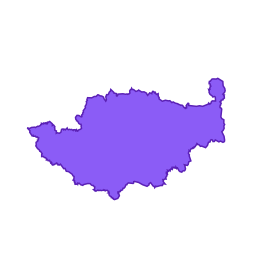 Tumbiscatío, Michoacán, Mexico, rotated 16°
{"feature_id": "50627088B697962436466", "entity_name": "Tumbiscatío", "entity_type": "district", "adm_level": 2, "iso_a3": "MEX", "parent_name": "Mexico", "parent_adm1": "Michoacán", "projection": "orthographic", "projection_center": [-102.522, 18.584], "detail": "fine", "context": "isolated", "style": "filled", "palette": "violet", "viewbox_px": 256, "rotation_deg": 16, "n_neighbors": 0, "source": "geoboundaries", "source_scale": "gbopen_adm2", "svg_char_len": 5843}
<svg xmlns="http://www.w3.org/2000/svg" viewBox="0 0 256 256"><g transform="rotate(16 128 128)"><path d="M220.5,101.8L219.6,99.7L219.9,97.9L218.8,97.1L217.9,93.7L215.5,93.1L214.2,91.7L212.9,84.1L212.3,83.3L210.9,83.0L210.3,81.5L210.7,80.6L210.4,79.8L210.8,79.1L210.7,78.4L209.2,77.5L210.1,76.5L209.8,75.8L211.6,74.6L211.3,74.1L212.4,72.7L211.8,71.0L211.1,70.5L211.5,69.7L209.9,69.3L211.0,67.2L211.1,65.4L210.1,63.3L207.8,61.2L206.3,57.1L200.6,55.5L199.4,56.6L196.1,57.4L195.1,58.0L194.2,60.4L193.4,60.7L193.4,61.7L193.8,63.1L194.7,63.0L196.0,64.9L195.6,65.1L195.9,65.3L195.5,67.5L196.1,68.0L195.6,68.5L195.7,69.4L195.2,69.2L196.0,70.5L196.1,71.4L197.5,73.0L200.5,74.2L201.0,74.8L202.4,73.9L203.4,74.2L204.7,77.9L201.6,78.7L200.9,79.6L200.9,81.1L200.4,82.1L199.6,82.0L199.4,82.6L198.6,82.0L198.6,82.9L193.8,86.6L190.6,86.9L187.9,88.3L180.2,89.6L179.6,87.7L178.9,87.6L178.0,89.6L178.2,90.4L177.8,90.8L178.4,91.2L178.7,92.3L178.3,92.3L178.1,93.3L177.5,93.4L177.0,92.7L176.1,92.8L174.6,91.5L173.5,91.1L172.4,91.7L171.4,91.3L169.8,91.4L169.3,90.9L166.7,91.1L164.2,90.5L163.2,91.5L160.7,90.2L159.3,90.8L156.3,91.0L153.6,92.8L149.9,91.5L149.5,90.0L148.8,89.7L148.1,88.6L148.0,87.9L147.7,87.9L147.5,86.7L146.0,87.9L144.7,86.6L144.4,87.0L143.9,86.9L143.9,86.1L143.2,86.3L141.9,85.8L141.5,86.2L141.5,87.1L141.1,87.8L141.3,88.4L139.2,88.2L137.9,91.2L136.8,90.3L136.3,89.4L133.5,88.8L131.2,89.6L127.7,88.6L127.3,89.3L125.5,90.7L122.8,89.5L121.5,89.8L120.5,88.8L120.4,90.2L119.8,90.5L119.4,91.9L120.2,93.9L119.4,95.2L118.7,95.2L118.2,95.8L117.5,95.6L116.5,96.2L113.7,96.5L109.5,98.0L108.6,100.4L108.0,100.2L107.6,98.1L104.9,98.3L104.6,97.7L100.8,95.7L100.9,97.5L100.1,98.7L99.9,100.8L99.5,101.5L98.3,101.8L98.1,102.8L98.4,103.1L98.0,104.1L99.5,106.8L99.2,108.3L96.8,106.4L95.9,105.0L93.9,104.5L92.4,104.8L90.4,104.3L89.8,104.4L88.6,106.5L86.9,107.0L84.8,109.0L80.8,110.0L80.7,112.1L81.3,112.7L80.6,114.0L81.2,114.9L81.4,116.8L80.8,118.9L81.5,120.3L80.2,123.7L80.8,125.1L80.3,126.0L80.6,127.3L79.9,128.2L80.5,129.8L79.9,130.2L77.3,129.5L75.5,129.9L74.6,132.2L75.3,133.9L76.4,134.6L76.5,135.2L77.8,135.4L79.5,137.2L81.5,137.8L81.8,137.5L82.5,138.5L82.5,139.5L83.4,141.1L82.7,142.3L81.0,143.5L80.5,144.9L79.9,145.0L78.9,143.6L78.5,143.9L78.8,144.7L78.4,145.2L77.8,144.5L76.9,144.4L76.2,144.7L76.0,145.5L74.3,144.9L73.3,145.4L72.0,145.4L71.1,146.1L70.0,145.6L69.5,144.8L68.3,147.0L67.5,146.6L66.7,147.5L65.9,146.8L64.5,147.6L64.7,150.4L63.5,152.0L61.2,152.1L60.5,152.8L60.0,150.6L58.2,150.2L57.6,148.1L57.1,147.7L57.3,146.9L55.6,145.6L54.6,146.5L54.2,144.9L50.9,143.3L49.7,144.5L49.1,144.6L49.4,145.4L49.2,146.3L48.0,146.5L47.8,145.6L46.9,145.9L46.6,146.6L45.6,146.5L45.6,147.3L43.5,147.3L43.9,148.5L43.2,148.8L43.0,149.8L41.4,151.2L40.7,151.2L38.8,153.1L38.1,152.9L35.0,154.1L33.7,155.5L31.6,155.6L31.6,156.0L34.5,157.7L34.7,159.2L38.0,162.0L38.8,161.2L39.3,162.0L41.4,161.4L42.2,162.1L43.5,161.6L43.7,162.2L44.8,162.1L45.0,164.2L44.3,164.6L44.8,165.6L43.6,167.1L44.5,169.8L44.3,170.6L46.7,172.7L48.7,173.5L49.7,174.7L50.4,174.6L52.6,176.4L52.3,177.1L52.9,179.3L54.5,178.7L55.8,179.5L56.9,179.2L57.6,179.8L58.1,179.8L58.4,181.2L59.2,180.6L60.3,181.5L61.5,180.7L62.3,181.8L62.9,182.2L63.5,182.0L63.6,183.0L64.3,182.6L65.0,184.1L66.1,184.4L66.5,183.5L67.4,183.4L67.8,182.6L68.7,182.2L68.8,181.4L69.5,181.4L70.2,182.2L71.2,182.2L71.1,182.7L72.5,182.4L73.1,181.4L77.4,184.8L78.6,184.2L80.6,186.6L82.8,186.3L87.0,187.8L88.4,189.2L89.5,189.4L90.0,191.7L89.6,193.2L90.7,193.1L91.0,194.0L91.4,193.9L91.5,194.9L92.1,195.1L92.3,196.2L92.7,196.0L93.0,196.6L94.3,196.1L94.6,195.3L95.0,195.7L94.9,195.0L95.6,195.2L96.1,194.5L98.3,195.6L100.4,195.6L100.8,194.7L102.3,193.8L104.6,192.5L107.0,191.9L108.5,192.9L109.6,193.1L110.5,192.8L111.8,193.8L112.3,193.8L112.7,196.3L111.9,196.7L113.7,197.6L114.2,197.2L114.6,197.5L116.2,196.0L117.3,196.2L118.3,195.5L119.4,195.6L121.4,194.6L122.9,194.6L122.5,194.1L123.8,194.2L125.2,193.6L126.5,194.4L126.9,194.2L127.5,195.1L126.8,195.9L127.6,195.9L128.1,196.4L128.1,197.3L128.9,198.2L130.9,198.6L131.1,199.5L132.1,199.3L132.5,199.8L133.3,199.7L133.6,200.4L134.8,200.5L137.6,198.5L138.4,195.5L137.3,193.7L136.6,193.8L136.0,192.5L137.0,192.5L136.9,191.7L138.1,191.2L137.9,190.4L138.3,189.8L138.8,189.9L139.8,188.9L139.8,187.3L140.8,186.9L141.4,185.6L141.6,183.3L142.6,182.8L142.7,181.7L143.5,180.7L148.2,179.9L148.6,179.2L148.3,178.0L148.8,177.6L153.2,177.4L157.8,178.5L162.4,178.8L163.9,176.8L163.6,175.7L164.8,174.3L168.2,176.9L169.3,176.9L170.1,178.0L170.8,176.2L171.6,176.5L175.2,174.3L176.8,173.9L177.0,173.6L176.7,172.7L177.9,171.7L179.1,171.6L176.6,169.8L176.5,168.7L175.2,167.8L176.5,168.0L177.4,166.9L178.7,166.6L177.8,165.0L178.5,164.0L178.3,163.2L178.8,161.7L178.4,161.1L178.0,161.5L177.5,161.3L177.6,160.4L177.3,160.6L177.1,160.1L178.0,159.9L177.8,159.0L178.6,158.7L177.7,157.7L179.1,157.7L179.4,157.1L180.3,157.6L180.3,156.9L179.8,156.5L180.6,155.5L181.6,155.6L181.4,154.7L182.0,155.2L182.0,154.5L181.6,154.5L182.4,153.7L182.3,153.3L182.9,153.5L183.6,153.0L183.8,153.4L184.2,153.1L184.6,153.5L185.1,153.1L185.0,152.6L185.9,153.5L186.1,152.7L186.4,152.6L188.8,155.0L190.0,155.6L191.4,155.6L191.9,155.6L192.2,154.6L193.1,153.8L194.1,153.6L194.5,152.6L194.5,151.3L193.4,149.4L193.4,148.9L192.4,147.8L195.4,147.6L195.9,146.4L195.7,143.8L197.5,142.3L194.5,137.9L194.4,136.9L193.1,135.8L192.9,134.3L193.4,133.8L193.0,132.8L194.1,133.2L193.9,132.1L194.5,130.4L195.8,129.9L195.7,129.3L196.3,129.4L196.6,128.3L197.0,128.5L197.2,127.6L197.8,127.4L198.0,125.8L198.6,125.3L198.5,123.9L199.0,124.0L199.2,124.6L201.1,124.6L202.6,125.7L203.9,125.1L208.0,125.5L209.2,122.9L209.3,119.6L210.7,118.8L210.7,117.1L211.2,116.3L212.2,116.2L213.5,117.6L214.8,117.1L215.2,115.4L219.2,116.3L220.5,115.1L223.2,115.6L224.4,114.5L224.2,113.0L222.6,109.5L219.2,105.7L220.1,104.1L220.5,101.8Z" fill="#8b5cf6" stroke="#5b21b6" stroke-width="1.5"/></g></svg>